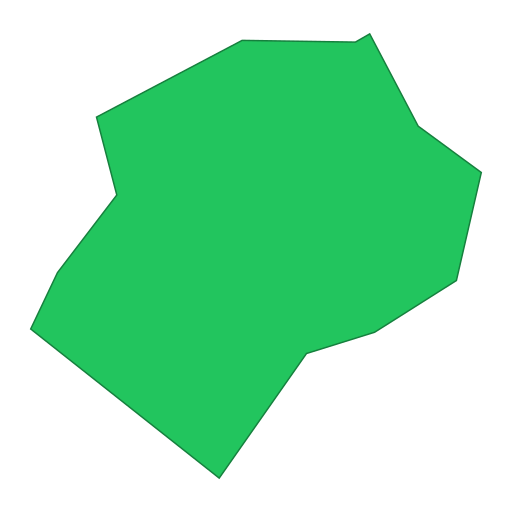 outline of Kokand city, Ferghana, Uzbekistan
{"feature_id": "79887680B18672713259949", "entity_name": "Kokand city", "entity_type": "district", "adm_level": 2, "iso_a3": "UZB", "parent_name": "Uzbekistan", "parent_adm1": "Ferghana", "projection": "robinson", "projection_center": [70.933, 40.526], "detail": "fine", "context": "isolated", "style": "filled", "palette": "green", "viewbox_px": 512, "rotation_deg": 0, "n_neighbors": 0, "source": "geoboundaries", "source_scale": "gbopen_adm2", "svg_char_len": 294}
<svg xmlns="http://www.w3.org/2000/svg" viewBox="0 0 512 512"><path d="M456.4,280.5L481.3,172.5L418.2,126.2L369.7,33.9L355.4,42.1L242.1,40.4L96.5,117.1L116.8,195.0L57.5,272.6L30.7,329.0L219.2,478.1L306.5,353.5L374.7,332.2L456.4,280.5Z" fill="#22c55e" stroke="#15803d" stroke-width="1.5"/></svg>